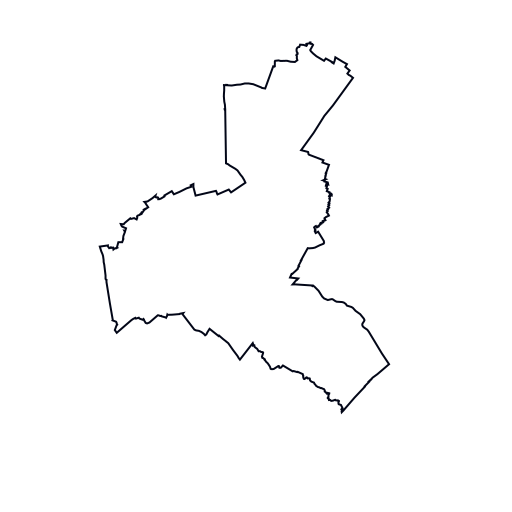 Groningen, Groningen, Netherlands, rotated 337°
{"feature_id": "6326949B19731519413910", "entity_name": "Groningen", "entity_type": "district", "adm_level": 2, "iso_a3": "NLD", "parent_name": "Netherlands", "parent_adm1": "Groningen", "projection": "albers", "projection_center": [6.605, 53.21], "detail": "fine", "context": "isolated", "style": "outline", "palette": "ink", "viewbox_px": 512, "rotation_deg": 337, "n_neighbors": 0, "source": "geoboundaries", "source_scale": "gbopen_adm2", "svg_char_len": 6052}
<svg xmlns="http://www.w3.org/2000/svg" viewBox="0 0 512 512"><g transform="rotate(337 256 256)"><path d="M149.1,277.7L150.6,276.5L151.5,275.3L151.6,275.6L156.0,277.3L163.0,279.6L163.4,279.4L166.7,280.1L165.6,280.7L170.5,299.7L171.8,301.1L174.2,302.6L176.1,304.7L177.6,307.3L178.2,309.1L179.6,308.8L181.6,307.1L184.8,304.9L190.3,315.1L190.9,314.8L193.2,319.5L196.4,325.4L198.1,333.5L199.9,340.7L200.2,343.2L200.7,345.1L219.0,334.9L218.9,336.1L218.3,336.8L218.2,337.3L219.3,337.3L219.6,337.5L219.2,338.9L219.6,339.9L220.8,341.9L221.2,344.7L222.4,345.1L223.2,346.3L224.6,347.1L224.8,347.5L224.8,347.8L224.3,348.5L222.1,351.0L222.1,352.2L222.4,352.2L223.7,354.5L223.3,354.8L223.8,356.3L223.9,357.1L224.9,359.4L225.4,362.0L225.6,363.5L225.4,365.5L225.7,366.0L227.2,366.7L228.3,366.9L233.6,366.0L234.1,366.4L233.8,367.9L234.3,368.3L235.3,368.5L238.0,367.3L244.7,376.5L245.7,376.6L248.6,379.0L249.1,378.9L252.9,383.0L252.6,384.5L252.7,384.9L252.3,385.4L252.1,386.1L252.0,387.5L252.1,387.9L252.6,388.2L255.0,387.4L255.5,387.8L255.5,388.6L255.7,388.9L256.9,389.2L257.6,389.8L257.2,391.3L257.2,391.8L257.9,393.3L259.9,395.2L259.9,396.5L260.3,397.5L260.6,399.0L261.8,400.8L263.0,401.7L263.8,402.8L264.8,403.2L265.3,404.0L266.5,405.0L266.8,406.6L266.3,407.6L266.9,408.6L267.5,410.5L267.9,410.6L268.3,409.9L269.8,411.0L269.6,411.4L268.5,412.1L267.8,413.7L266.5,414.7L266.6,415.2L267.3,415.6L266.9,417.1L268.0,417.5L268.5,418.6L268.7,418.8L270.3,419.2L272.7,419.3L273.2,420.2L275.1,421.0L275.7,421.9L275.5,422.2L274.9,422.3L274.7,423.0L274.2,424.3L274.3,424.8L276.0,426.3L276.2,429.7L274.7,430.5L275.1,431.9L274.8,432.5L274.1,432.5L273.9,433.3L276.5,432.2L276.8,431.6L277.2,431.8L291.5,424.8L305.2,418.8L305.1,418.4L311.0,416.0L310.7,415.6L313.6,414.5L313.8,414.7L315.6,413.6L321.6,412.2L336.2,407.6L333.8,394.9L330.2,369.6L329.6,367.3L327.6,364.2L327.0,363.0L326.8,361.9L326.9,360.9L327.5,359.9L329.9,358.3L330.8,357.4L330.8,355.8L329.2,350.3L326.2,345.4L324.9,341.6L323.9,340.2L320.3,337.2L319.9,335.2L318.6,333.1L317.2,332.0L312.4,329.6L311.4,328.5L309.6,325.7L308.6,325.2L304.9,324.6L302.1,321.7L301.1,319.2L300.0,312.5L297.9,307.2L296.9,305.4L296.1,305.7L295.6,304.8L280.9,297.4L278.6,296.5L283.6,294.0L284.2,294.1L286.1,293.2L278.9,289.1L281.8,286.4L282.3,286.7L289.4,284.2L289.5,283.7L291.6,282.3L291.2,281.7L296.1,277.7L295.8,277.5L306.7,269.0L307.9,269.7L311.4,270.9L313.6,271.3L318.8,271.0L323.0,271.1L323.8,270.5L323.8,269.9L324.2,269.2L324.3,268.7L322.7,257.9L319.9,258.2L319.8,256.3L320.3,256.1L320.3,255.3L320.9,255.2L320.7,252.4L321.3,252.0L322.9,251.8L323.2,253.5L325.2,253.3L325.2,252.6L327.4,252.2L327.5,251.6L328.6,251.7L328.6,250.8L330.3,250.9L330.4,251.3L330.7,251.3L331.2,251.1L331.2,249.9L332.5,249.9L332.5,250.2L333.9,250.2L333.8,248.0L335.5,247.5L338.9,247.3L338.8,245.8L338.2,243.3L339.5,242.7L339.2,241.9L340.4,241.4L340.1,240.7L342.2,240.1L341.7,238.6L342.9,238.1L342.8,237.8L343.3,237.6L342.9,236.7L344.2,236.1L343.7,235.2L345.1,234.5L346.4,232.4L345.9,231.8L347.2,230.4L346.6,229.5L347.9,228.5L349.3,229.9L349.8,229.0L349.7,228.1L348.1,226.4L348.5,226.0L346.5,224.0L348.2,222.2L347.3,221.2L348.6,219.5L347.7,218.7L348.9,217.2L350.4,218.4L350.8,216.3L348.1,214.1L348.5,213.5L347.4,212.6L350.2,212.6L349.8,212.2L349.7,211.7L351.4,209.5L351.2,209.3L353.0,207.3L352.6,206.9L353.0,206.5L354.0,205.8L358.8,200.6L353.7,195.9L355.5,194.2L344.3,183.4L344.1,182.8L344.6,180.8L344.6,180.6L338.9,176.2L357.3,165.1L373.7,153.7L385.6,147.5L414.9,129.9L413.3,126.9L412.1,125.5L411.4,123.8L414.7,121.8L412.1,116.8L414.7,114.9L411.7,111.1L406.7,104.1L404.7,107.0L402.7,109.1L401.5,107.4L401.8,107.1L397.4,101.5L394.9,102.9L389.7,95.8L387.7,91.9L386.5,88.9L386.4,87.6L391.0,84.0L390.5,82.7L389.2,82.0L389.6,80.7L389.0,80.5L388.7,81.2L385.7,80.5L385.8,80.9L385.2,81.9L384.4,81.5L384.2,82.0L382.3,80.3L379.2,78.7L377.5,80.5L376.3,80.2L375.4,80.4L374.2,81.4L373.5,83.0L373.3,84.1L373.6,85.1L373.4,86.0L373.2,86.3L372.2,86.3L371.6,86.9L371.8,87.3L371.8,87.8L370.8,90.0L370.6,91.9L367.6,92.6L363.8,90.7L360.8,88.4L354.9,86.1L353.2,84.8L349.9,83.8L349.4,84.2L347.4,88.8L347.0,88.9L346.0,88.1L329.9,105.4L327.1,103.6L326.8,103.0L320.6,96.8L316.8,94.4L313.1,92.8L308.7,92.1L305.4,90.9L300.3,89.6L296.6,87.8L296.1,87.4L296.2,87.2L295.4,86.8L295.2,87.1L293.4,86.2L293.3,86.6L293.1,86.7L293.1,87.2L291.3,91.4L289.9,94.1L288.6,96.9L288.6,97.1L288.2,98.2L287.1,101.6L286.5,104.6L285.2,108.3L284.5,108.4L284.4,109.2L284.8,109.4L284.5,110.1L264.6,159.0L266.3,160.8L267.0,162.2L271.0,167.6L272.4,170.0L273.5,175.2L274.3,177.8L274.8,181.4L274.9,184.4L257.9,187.7L256.9,184.2L244.6,184.3L244.5,183.2L244.7,181.5L244.6,180.4L224.0,176.8L225.3,168.1L226.5,165.3L223.5,165.4L223.5,167.0L218.5,166.6L210.6,167.1L204.5,167.1L203.8,163.4L195.3,164.5L195.1,165.4L190.8,166.0L189.2,165.9L188.2,165.5L188.7,164.4L188.6,163.8L187.9,163.3L187.1,163.2L186.3,162.1L187.1,161.1L183.3,162.3L177.5,163.4L174.4,162.6L175.1,164.6L175.0,165.0L175.8,169.0L172.3,169.7L172.3,169.3L170.7,169.5L170.7,170.2L168.1,171.8L167.7,171.2L166.5,172.1L166.6,172.6L165.9,172.6L165.5,172.3L164.8,172.7L162.8,172.6L162.0,173.0L161.6,174.5L160.4,175.7L158.6,173.5L155.4,173.0L155.2,172.8L155.0,172.2L148.0,174.3L146.6,175.1L144.0,173.7L144.0,175.5L144.3,176.7L147.2,179.7L145.3,181.9L144.7,181.4L144.8,182.6L141.8,185.7L140.3,188.3L140.5,188.6L138.2,191.0L134.7,189.5L131.2,193.9L131.4,194.2L130.0,194.3L129.5,193.8L129.0,193.8L127.3,194.3L127.7,192.4L125.7,191.9L125.7,191.3L123.9,191.4L123.4,189.1L123.8,188.4L115.9,186.3L115.4,191.2L115.4,194.6L115.2,196.3L114.2,200.0L113.4,202.1L112.9,204.8L109.9,215.1L108.6,218.2L108.6,219.0L109.1,219.5L108.2,221.5L103.0,242.5L99.1,259.2L98.9,259.3L101.5,261.8L101.6,262.7L101.3,264.5L101.4,265.0L100.6,265.3L97.1,269.0L97.8,272.3L116.4,266.3L118.5,265.9L120.7,265.8L120.7,266.5L121.0,266.7L124.0,267.0L124.2,267.9L124.6,268.4L126.8,270.4L127.8,270.0L128.0,270.7L127.9,271.8L128.3,274.5L129.4,275.5L131.9,275.6L142.4,272.2L143.2,272.6L144.4,273.8L145.4,274.1L145.6,274.7L148.5,277.0L148.8,277.1L149.1,277.7Z" fill="none" stroke="#020617" stroke-width="2"/></g></svg>